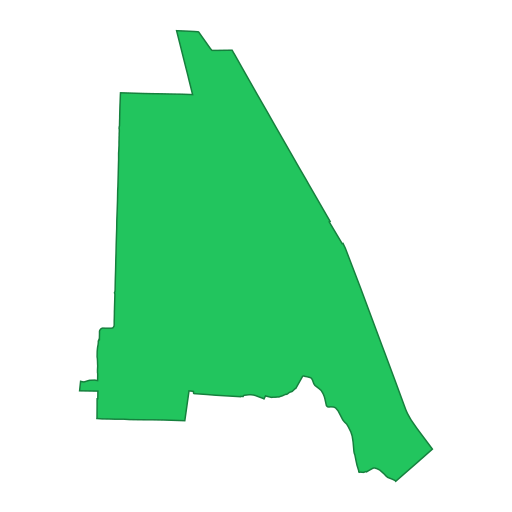 Valea Ciorii, Ialomita, Romania
{"feature_id": "2599482B71161543581050", "entity_name": "Valea Ciorii", "entity_type": "district", "adm_level": 2, "iso_a3": "ROU", "parent_name": "Romania", "parent_adm1": "Ialomita", "projection": "orthographic", "projection_center": [27.536, 44.736], "detail": "fine", "context": "isolated", "style": "filled", "palette": "green", "viewbox_px": 512, "rotation_deg": 0, "n_neighbors": 0, "source": "geoboundaries", "source_scale": "gbopen_adm2", "svg_char_len": 3776}
<svg xmlns="http://www.w3.org/2000/svg" viewBox="0 0 512 512"><path d="M295.8,388.4L302.6,376.3L303.8,375.9L304.9,376.4L307.0,376.7L310.6,377.7L311.6,378.5L312.5,380.1L313.8,383.7L315.0,385.5L319.3,388.8L321.2,390.5L323.1,393.7L324.3,396.6L324.9,398.8L326.4,405.6L326.8,406.1L327.6,406.8L328.6,407.0L329.4,407.0L330.7,406.8L333.6,407.0L335.5,407.8L338.0,410.7L340.1,414.7L341.8,418.0L342.8,419.9L344.6,422.1L346.7,424.1L348.3,426.8L350.8,431.8L352.2,436.1L353.1,442.0L353.9,451.2L354.2,453.0L354.9,455.0L355.9,460.1L357.0,465.2L358.7,470.7L358.8,471.9L359.2,472.3L360.4,472.1L363.5,472.4L365.5,471.7L366.0,471.6L366.5,471.9L367.7,471.2L369.0,470.4L373.0,468.2L373.9,468.0L374.9,468.0L375.6,468.3L376.8,468.6L379.7,470.0L384.4,474.2L385.8,475.8L387.7,477.4L390.0,478.3L392.8,479.4L395.2,480.6L395.7,481.3L409.2,469.5L414.5,464.9L431.2,450.2L432.4,449.1L417.0,428.5L411.1,420.0L409.4,417.0L408.4,415.2L407.4,413.4L406.6,411.6L406.5,411.4L405.7,409.5L395.1,380.7L385.6,355.2L385.5,354.9L382.4,346.7L360.7,288.4L345.4,248.4L344.9,247.3L344.4,246.3L343.0,243.4L342.2,243.7L329.2,221.9L330.1,221.4L313.5,192.6L309.1,185.0L306.0,179.5L298.6,166.8L291.3,154.0L276.5,128.2L270.3,117.3L268.8,114.6L257.3,94.6L245.9,74.5L242.5,68.5L234.2,53.8L233.9,53.4L232.1,50.2L224.3,50.3L217.6,50.4L214.1,50.4L212.1,50.4L211.6,50.1L211.3,49.7L210.4,48.6L207.9,45.1L204.8,40.7L201.1,35.5L198.8,32.2L198.5,31.9L198.0,31.8L197.1,31.7L194.4,31.5L190.5,31.3L184.0,31.0L176.6,30.7L185.7,66.9L188.0,75.9L188.6,78.5L192.6,94.6L181.6,94.2L174.8,94.1L165.1,93.9L160.6,93.8L152.6,93.7L143.5,93.5L124.1,92.9L120.5,92.8L120.4,94.5L120.1,103.0L120.0,105.1L119.7,115.9L119.7,118.1L119.6,120.7L119.5,125.8L119.4,126.2L119.2,126.9L119.2,127.3L119.1,127.9L119.1,128.3L119.1,128.7L119.3,129.4L119.3,130.2L119.3,131.8L119.2,133.2L119.2,135.7L119.1,137.0L119.1,139.0L119.0,142.1L119.0,145.8L118.9,147.4L118.8,150.2L118.7,151.8L118.6,152.9L118.6,154.8L118.6,160.0L118.5,162.9L118.2,175.4L117.9,186.7L117.7,190.3L117.5,200.9L117.2,210.1L116.8,220.9L116.7,228.8L116.5,234.6L116.2,244.6L116.1,249.3L116.0,253.9L115.8,260.2L115.7,265.6L115.6,270.0L115.3,279.8L115.1,290.0L115.0,290.9L115.0,291.6L114.7,292.1L114.5,292.6L114.5,292.9L114.6,293.2L114.8,293.7L114.9,294.7L114.5,308.2L114.5,309.0L114.4,311.2L114.4,313.7L114.3,318.1L114.2,320.9L114.2,324.7L114.1,325.8L114.0,326.3L113.7,326.7L113.4,327.2L112.9,327.8L112.2,328.1L110.9,328.2L108.9,328.2L107.3,328.2L105.0,328.2L102.8,328.1L102.2,328.2L101.5,328.5L101.0,328.8L100.5,329.3L100.1,329.9L99.7,330.5L99.5,331.4L99.5,334.1L99.4,338.4L99.4,339.5L98.9,339.5L98.9,340.5L98.5,340.7L98.3,341.0L98.3,342.9L98.0,345.4L97.8,346.0L97.6,347.3L97.4,349.0L97.2,351.4L97.1,356.9L97.3,358.1L97.4,359.1L97.5,361.1L97.6,364.4L97.7,365.9L97.5,369.7L97.5,372.6L97.7,373.6L97.7,375.9L97.6,380.6L94.7,380.1L89.4,380.3L84.2,381.9L83.1,381.9L80.6,381.3L79.6,390.8L97.9,391.1L97.8,398.8L97.1,398.8L97.1,400.7L97.1,405.7L97.0,417.8L96.9,418.5L102.0,418.9L109.2,419.0L115.2,419.2L123.8,419.2L130.0,419.6L131.4,419.6L137.9,419.7L147.1,419.8L147.9,419.8L152.8,419.8L163.8,420.0L184.8,420.7L189.0,390.9L193.2,391.3L193.5,391.5L193.5,392.9L193.7,393.4L194.1,393.6L206.8,394.5L215.2,395.2L240.4,396.7L240.5,396.4L243.1,396.5L243.4,395.7L243.7,395.5L244.7,395.2L246.0,395.1L248.1,394.8L249.6,394.7L250.9,394.7L252.3,394.9L253.4,395.0L254.5,395.3L255.6,395.6L257.1,396.2L262.8,398.3L264.0,398.9L265.5,395.9L267.7,396.5L271.5,397.4L273.1,397.2L275.1,397.2L278.3,396.9L278.9,397.0L280.1,396.5L282.4,395.8L284.5,394.8L285.8,394.3L286.8,394.3L287.7,393.7L288.4,393.2L289.1,392.6L289.5,392.4L289.8,392.2L291.2,391.8L291.4,391.7L291.8,391.5L292.0,391.5L292.3,391.3L292.6,391.0L293.7,390.0L294.1,389.6L294.4,389.2L294.9,388.9L295.7,388.4L295.8,388.4Z" fill="#22c55e" stroke="#15803d" stroke-width="1.5"/></svg>